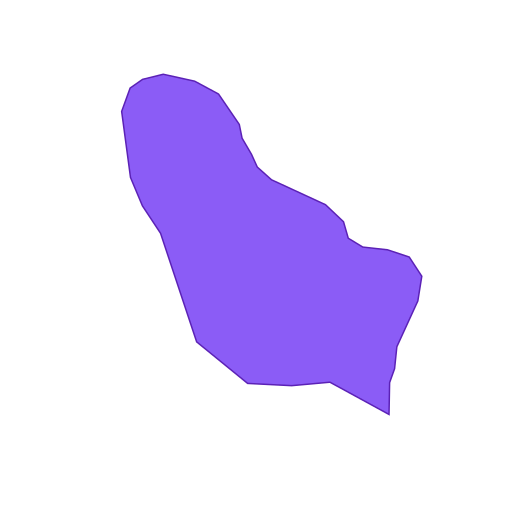 Putrajaya, Robinson projection, rotated 127°
{"feature_id": "MYS-4832", "entity_name": "Putrajaya", "entity_type": "Federal Territory", "adm_level": 1, "iso_a3": "MYS", "parent_name": "Malaysia", "parent_adm1": "", "projection": "robinson", "projection_center": [101.69, 2.928], "detail": "fine", "context": "isolated", "style": "filled", "palette": "violet", "viewbox_px": 512, "rotation_deg": 127, "n_neighbors": 0, "source": "natural_earth", "source_scale": "10m", "svg_char_len": 537}
<svg xmlns="http://www.w3.org/2000/svg" viewBox="0 0 512 512"><g transform="rotate(127 256 256)"><path d="M302.5,54.4L312.3,121.0L338.1,149.5L362.8,186.0L360.3,251.7L295.3,345.9L284.3,376.9L268.8,403.5L221.4,450.3L197.6,457.6L183.2,452.9L166.7,439.5L153.3,410.2L149.2,383.4L161.0,348.5L170.3,338.0L177.5,320.8L184.2,308.5L185.8,289.5L173.2,231.3L176.0,206.7L186.3,193.0L184.6,176.1L171.9,154.7L164.6,133.0L172.4,111.4L194.5,99.7L243.7,88.9L262.6,77.5L276.7,73.1L302.5,54.4Z" fill="#8b5cf6" stroke="#5b21b6" stroke-width="1.5"/></g></svg>